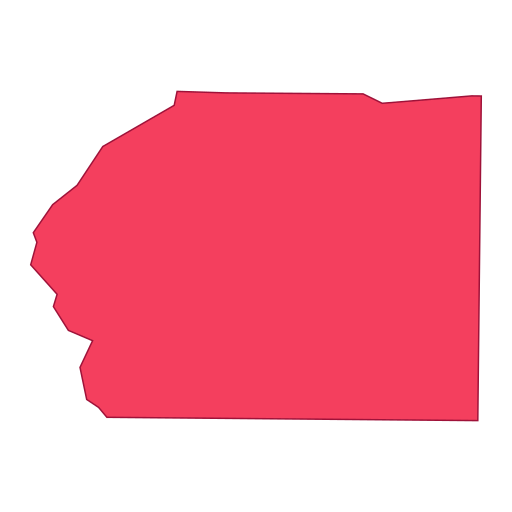 outline of Dooly, Georgia, United States of America
{"feature_id": "52423323B79828539547884", "entity_name": "Dooly", "entity_type": "district", "adm_level": 2, "iso_a3": "USA", "parent_name": "United States of America", "parent_adm1": "Georgia", "projection": "mercator", "projection_center": [-83.877, 32.16], "detail": "fine", "context": "isolated", "style": "filled", "palette": "rose", "viewbox_px": 512, "rotation_deg": 0, "n_neighbors": 0, "source": "geoboundaries", "source_scale": "gbopen_adm2", "svg_char_len": 403}
<svg xmlns="http://www.w3.org/2000/svg" viewBox="0 0 512 512"><path d="M477.8,420.6L479.0,308.0L481.3,96.0L471.6,95.9L382.2,103.3L363.1,93.9L226.0,92.9L177.1,91.4L174.2,105.3L102.8,146.5L77.1,185.3L52.7,204.6L33.3,232.7L36.9,242.3L30.7,264.8L57.1,294.3L53.4,306.6L68.4,330.4L92.6,340.7L80.0,367.4L86.7,399.5L98.6,407.4L106.9,417.3L477.8,420.6Z" fill="#f43f5e" stroke="#9f1239" stroke-width="1.5"/></svg>